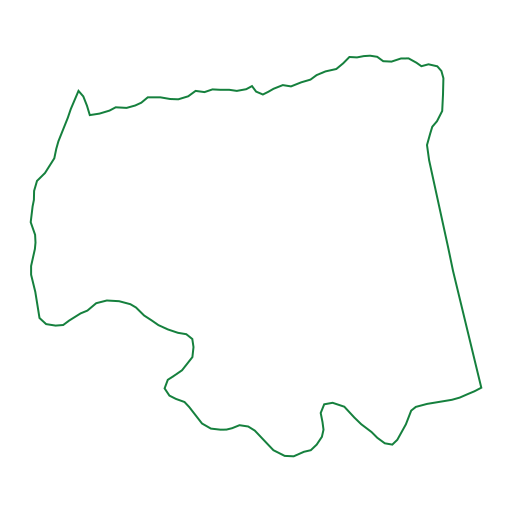 Francisco Alves, Paraná, Brazil
{"feature_id": "56859067B90869066064775", "entity_name": "Francisco Alves", "entity_type": "district", "adm_level": 2, "iso_a3": "BRA", "parent_name": "Brazil", "parent_adm1": "Paraná", "projection": "albers", "projection_center": [-53.884, -24.099], "detail": "fine", "context": "isolated", "style": "outline", "palette": "green", "viewbox_px": 512, "rotation_deg": 0, "n_neighbors": 0, "source": "geoboundaries", "source_scale": "gbopen_adm2", "svg_char_len": 1782}
<svg xmlns="http://www.w3.org/2000/svg" viewBox="0 0 512 512"><path d="M481.3,387.7L453.0,270.8L450.2,257.3L448.1,247.3L429.1,160.2L427.0,145.0L430.3,133.2L432.3,126.7L437.0,121.2L442.2,111.0L443.0,94.6L443.4,78.2L441.4,71.0L437.3,66.3L428.5,64.3L421.4,66.2L416.4,62.7L408.6,58.4L400.9,58.5L391.5,61.6L383.2,61.2L377.2,56.8L370.1,55.7L363.8,56.1L357.0,57.4L349.4,57.0L343.2,63.3L336.3,69.0L325.5,71.4L316.6,75.1L310.5,79.6L301.3,82.3L291.0,86.4L282.8,85.1L273.5,88.8L268.3,91.8L262.9,94.5L256.1,91.6L252.0,86.1L246.2,89.2L236.8,90.9L229.3,89.8L220.2,89.8L212.5,89.4L204.5,92.1L195.6,90.9L188.2,96.3L178.3,99.3L170.1,99.0L160.2,97.3L147.8,97.3L141.3,102.7L135.2,105.5L126.6,107.9L115.7,107.3L109.5,110.6L99.5,113.6L89.8,115.1L87.0,105.8L83.3,96.4L78.5,90.9L70.8,109.0L67.8,117.8L58.4,141.3L56.3,148.7L54.3,158.3L45.0,173.0L37.0,180.9L34.1,190.9L33.9,199.9L32.6,206.4L30.7,222.2L35.1,234.8L35.5,242.6L34.9,249.0L31.1,266.0L31.1,274.7L35.3,291.9L39.5,318.0L46.1,324.1L55.6,325.6L63.2,325.0L69.1,320.6L80.6,313.4L87.4,310.6L96.2,303.2L106.8,300.5L119.1,301.2L130.4,304.2L136.0,307.5L144.1,315.5L151.5,320.3L158.4,325.1L167.8,329.4L177.9,332.8L186.3,334.2L192.3,339.0L193.5,347.1L192.4,357.1L182.0,370.3L173.4,376.2L167.8,379.8L164.6,388.4L169.4,395.6L175.9,398.9L184.5,402.0L189.1,406.9L202.0,423.5L210.9,428.6L220.6,429.7L226.4,429.6L232.1,428.2L239.5,425.2L248.2,426.5L254.8,430.6L273.4,450.2L284.7,455.9L293.7,456.3L303.9,451.8L310.8,450.2L316.7,444.6L321.9,436.8L323.5,429.7L322.5,422.1L320.7,413.0L324.2,404.3L332.6,402.8L344.3,406.7L354.4,417.6L361.2,424.2L371.5,432.0L377.3,437.8L384.8,443.3L392.3,444.6L397.3,439.8L405.9,424.3L411.2,410.6L415.8,406.9L427.1,403.9L451.9,399.8L459.7,397.6L468.2,393.9L474.4,391.3L481.3,387.7Z" fill="none" stroke="#15803d" stroke-width="2"/></svg>